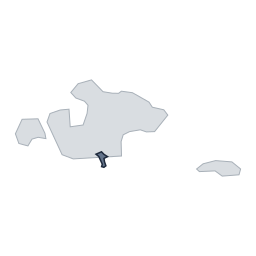 where Mariehamn sits in Aland
{"feature_id": "ALD-4817", "entity_name": "Mariehamn", "entity_type": "state/province", "adm_level": 1, "iso_a3": "ALA", "parent_name": "Aland", "parent_adm1": "", "projection": "equal_earth", "projection_center": [19.945, 60.079], "detail": "fine", "context": "in_parent", "style": "filled", "palette": "slate", "viewbox_px": 256, "rotation_deg": 0, "n_neighbors": 0, "source": "natural_earth", "source_scale": "10m", "svg_char_len": 927}
<svg xmlns="http://www.w3.org/2000/svg" viewBox="0 0 256 256"><path d="M112.3,93.2L118.6,93.3L121.4,91.2L132.4,92.7L149.0,102.1L152.3,107.2L163.8,109.8L167.8,115.1L154.6,131.6L146.4,131.9L140.3,129.8L129.6,131.6L123.2,134.8L121.1,141.6L121.5,156.0L73.2,158.9L62.1,154.7L47.0,122.0L50.0,113.5L60.2,110.0L69.0,109.2L70.2,126.8L83.1,125.0L87.1,113.4L88.0,105.3L84.5,101.2L75.8,98.0L70.8,92.5L78.1,83.7L91.5,79.9L103.0,91.7L112.3,93.2ZM44.9,133.2L45.9,138.6L38.1,137.3L32.0,139.1L27.9,145.9L18.9,143.5L15.4,133.8L22.1,119.3L38.0,118.8L44.9,133.2ZM240.6,169.0L239.0,174.8L222.2,176.1L215.1,170.9L199.4,171.6L196.6,169.0L203.1,163.8L215.6,160.6L231.9,161.9L240.6,169.0Z" fill="#d9dde1" stroke="#a8b0b8" stroke-width="1"/><path d="M107.5,156.6L104.0,158.4L104.5,161.8L105.9,165.8L103.9,167.3L101.6,166.6L102.3,164.2L98.8,156.5L96.0,154.2L101.5,151.8L104.0,154.4L107.5,156.6Z" fill="#64748b" stroke="#1e293b" stroke-width="1.5"/></svg>